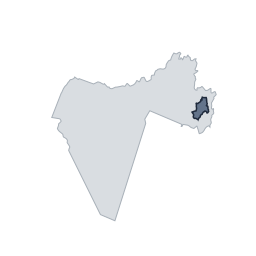 Bafoulabe, Kayes, Mali (highlighted), rotated 203°
{"feature_id": "8926073B35923162225659", "entity_name": "Bafoulabe", "entity_type": "district", "adm_level": 2, "iso_a3": "MLI", "parent_name": "Mali", "parent_adm1": "Kayes", "projection": "equal_earth", "projection_center": [-10.509, 13.682], "detail": "fine", "context": "in_parent", "style": "filled", "palette": "slate", "viewbox_px": 256, "rotation_deg": 203, "n_neighbors": 0, "source": "geoboundaries", "source_scale": "gbopen_adm2", "svg_char_len": 5223}
<svg xmlns="http://www.w3.org/2000/svg" viewBox="0 0 256 256"><g transform="rotate(203 128 128)"><path d="M61.0,190.5L61.0,189.5L60.4,188.9L60.4,188.6L60.7,185.9L60.7,185.2L61.0,183.8L60.6,183.2L60.5,182.8L59.5,181.0L59.2,179.5L58.7,178.5L57.6,178.2L57.2,179.1L56.9,179.2L56.5,178.6L56.3,178.1L56.4,177.6L54.9,175.3L55.0,174.1L55.5,173.4L55.8,172.3L55.2,171.1L55.3,169.9L55.2,168.2L54.4,166.8L53.8,166.1L53.3,165.1L53.7,162.8L52.9,160.8L54.5,161.6L55.2,160.9L56.0,159.9L56.6,158.5L56.9,156.9L57.0,155.5L57.6,153.3L58.4,152.2L60.0,150.7L60.4,150.8L63.0,154.1L64.5,155.7L65.0,156.6L65.5,156.6L66.3,155.0L67.0,153.6L67.3,153.3L69.9,153.1L71.3,153.4L72.5,153.8L74.2,153.9L78.8,152.8L78.8,152.2L78.7,151.4L78.9,150.8L79.3,150.3L79.6,150.2L79.8,152.0L80.1,152.3L81.2,152.4L114.7,152.4L116.0,142.7L113.5,139.2L103.8,37.5L119.5,37.5L122.2,39.8L173.8,84.1L174.1,85.6L174.1,87.6L174.5,88.2L175.3,88.8L178.2,90.7L178.4,91.1L178.6,91.9L178.9,92.9L179.5,93.4L180.3,93.9L181.2,94.2L183.8,94.5L184.3,94.9L185.5,96.7L186.1,97.0L189.7,98.0L190.9,98.5L192.1,99.3L192.8,100.0L192.9,102.8L193.4,104.6L193.4,105.1L192.9,105.8L192.8,106.3L192.2,107.8L192.3,108.3L193.6,109.4L194.2,109.7L194.9,109.7L202.3,107.9L203.1,134.0L202.9,134.4L202.8,139.1L202.3,141.8L201.4,143.8L200.9,146.9L200.5,147.5L200.3,149.2L199.7,150.2L198.8,150.6L197.1,152.5L197.0,154.1L192.9,153.2L192.6,153.3L192.5,153.5L192.4,154.3L182.0,154.8L176.9,155.1L173.7,158.7L171.7,159.0L169.0,158.7L167.7,158.7L167.2,158.9L167.1,159.6L162.9,157.7L161.4,158.3L161.1,158.1L160.9,157.7L160.2,157.5L159.0,157.6L158.1,157.9L155.5,160.7L154.1,161.4L151.5,163.1L149.7,164.5L149.0,164.8L148.0,164.9L147.1,165.2L146.4,168.4L145.9,168.7L142.7,167.4L142.1,167.6L141.6,168.0L139.8,169.9L139.0,171.4L138.5,173.4L138.6,174.7L138.3,175.1L137.5,175.2L136.0,174.8L135.6,175.0L135.4,176.0L135.4,178.2L135.1,179.6L134.3,180.1L133.6,180.7L133.1,180.9L132.6,180.7L130.1,178.5L129.2,178.1L128.3,178.4L127.4,179.3L125.7,181.6L125.9,182.5L126.4,183.4L126.7,184.6L126.7,185.7L124.4,187.2L124.9,188.3L124.9,191.3L123.8,192.7L123.5,193.6L122.4,194.5L121.5,195.1L118.7,195.9L117.6,196.8L117.1,197.6L116.9,198.4L117.0,199.4L117.6,201.4L117.4,203.2L117.0,205.3L116.6,206.2L115.3,207.3L115.5,208.7L115.6,210.7L115.4,213.2L115.0,215.0L114.7,214.8L113.4,214.9L112.0,215.4L111.6,215.8L111.5,216.4L110.3,217.8L109.5,217.7L108.8,217.4L108.4,217.0L108.4,216.8L108.8,215.7L108.9,215.3L108.4,213.3L108.5,212.8L108.3,211.3L108.2,211.3L106.7,211.9L106.6,212.2L106.8,213.2L106.7,213.3L106.2,213.3L105.4,213.0L104.6,212.1L104.4,212.4L104.3,213.1L104.2,213.9L104.4,215.4L104.2,215.9L102.9,215.8L101.9,216.0L101.6,216.5L101.5,217.1L101.7,217.8L101.7,218.1L101.2,218.5L100.4,217.7L98.1,217.0L97.8,216.0L97.6,216.0L96.8,214.8L96.5,214.8L96.2,215.0L95.3,214.9L94.5,216.0L93.9,217.3L93.3,217.9L92.3,218.2L92.4,217.4L92.1,216.3L90.0,214.8L89.7,214.2L89.2,211.0L89.2,210.0L89.3,209.1L89.3,208.5L89.1,208.0L88.4,207.5L87.8,207.2L87.0,207.9L86.6,208.0L86.2,208.0L86.0,207.7L86.0,207.4L86.9,205.7L87.4,204.9L88.2,204.1L88.5,203.6L88.5,203.3L88.4,203.1L87.8,202.7L86.9,201.9L86.4,201.8L86.0,201.5L85.6,200.2L85.4,200.0L85.0,199.8L84.6,199.5L84.6,196.4L83.7,194.1L82.9,191.2L82.5,190.5L81.8,189.9L80.9,189.5L80.2,189.4L79.3,189.7L79.3,190.0L79.8,190.9L79.9,191.5L79.8,192.0L79.6,192.3L78.4,192.6L76.9,193.7L76.4,194.9L76.0,195.1L75.4,194.9L71.2,192.8L69.5,193.8L68.3,195.6L68.0,196.2L67.5,196.7L67.2,196.7L66.9,196.4L65.7,193.6L65.2,192.9L64.5,192.9L63.9,193.4L63.4,194.3L62.6,195.2L62.1,195.4L61.7,195.3L60.0,193.4L59.9,193.0L60.7,190.8L61.0,190.5Z" fill="#d9dde1" stroke="#a8b0b8" stroke-width="1"/><path d="M71.9,163.3L71.2,162.9L70.5,162.8L69.9,163.2L69.4,163.3L68.5,163.3L67.7,163.1L67.3,163.2L66.8,163.2L66.7,163.1L66.7,163.8L66.7,164.8L66.3,165.4L66.0,166.1L65.9,166.3L65.9,166.7L66.2,167.7L66.1,168.2L65.9,168.6L65.8,168.9L65.4,169.2L65.2,169.4L65.1,169.7L65.2,170.6L65.0,171.4L64.8,172.3L64.4,172.6L64.1,172.8L63.9,173.3L63.9,173.6L63.7,173.7L63.0,173.8L62.9,173.8L62.2,173.6L61.1,172.7L60.7,173.0L60.5,173.4L60.3,174.6L60.5,174.6L60.6,174.9L60.8,175.6L61.0,176.2L61.6,176.6L61.9,177.0L62.1,177.4L62.2,177.7L62.4,178.1L62.8,178.8L62.9,178.7L63.0,178.8L63.1,179.0L63.3,179.1L63.5,179.3L63.9,179.2L64.0,179.1L64.5,179.2L64.6,179.3L64.5,180.4L64.5,180.9L64.6,181.4L65.2,182.0L65.6,182.6L65.9,183.2L66.1,183.7L66.2,183.9L66.7,184.3L66.8,185.0L66.9,185.3L67.5,186.0L67.8,186.5L68.0,186.6L68.4,186.4L69.1,185.9L69.8,185.8L70.0,185.7L70.5,185.5L71.0,185.3L71.1,185.1L71.4,185.2L71.3,184.9L71.4,184.7L71.5,184.7L71.6,184.8L71.6,184.1L71.6,183.4L71.6,183.2L71.4,183.1L71.2,183.1L70.9,182.9L70.9,182.7L71.1,182.7L71.7,182.6L71.9,182.5L71.8,181.9L71.6,181.4L71.5,181.1L71.8,180.9L71.9,180.0L72.0,179.7L72.3,179.5L72.8,178.8L73.1,178.2L73.3,177.8L73.6,177.8L73.8,177.7L74.7,177.6L74.8,177.5L74.8,177.4L74.8,177.1L74.7,177.0L74.7,176.9L74.5,176.7L74.1,176.1L73.9,175.5L73.7,175.0L73.4,174.2L73.1,173.9L72.8,173.3L72.5,172.8L72.1,170.8L72.1,170.5L72.1,170.2L72.9,169.8L73.6,169.3L73.8,169.2L73.9,168.9L74.0,168.7L74.3,168.5L74.5,168.2L74.6,167.9L74.9,167.9L75.0,168.0L75.3,167.8L75.3,167.7L75.0,167.3L74.2,167.0L73.9,166.7L73.2,166.3L72.8,165.9L72.5,165.1L72.4,164.0L71.9,163.3Z" fill="#64748b" stroke="#1e293b" stroke-width="1.5"/></g></svg>